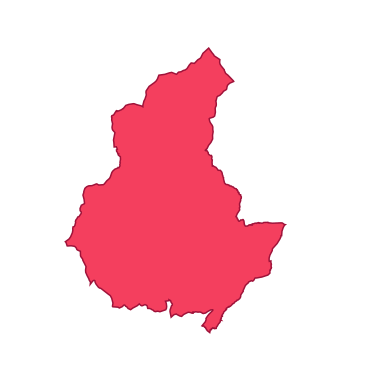 Mihaileni, Sibiu, Romania (Robinson projection), rotated 295°
{"feature_id": "2599482B13482598439545", "entity_name": "Mihaileni", "entity_type": "district", "adm_level": 2, "iso_a3": "ROU", "parent_name": "Romania", "parent_adm1": "Sibiu", "projection": "robinson", "projection_center": [24.371, 45.991], "detail": "fine", "context": "isolated", "style": "filled", "palette": "rose", "viewbox_px": 384, "rotation_deg": 295, "n_neighbors": 0, "source": "geoboundaries", "source_scale": "gbopen_adm2", "svg_char_len": 5950}
<svg xmlns="http://www.w3.org/2000/svg" viewBox="0 0 384 384"><g transform="rotate(295 192 192)"><path d="M201.8,290.3L201.6,289.7L202.1,287.0L201.7,285.8L197.7,278.1L196.3,274.0L196.6,273.7L194.7,269.9L194.0,269.5L193.3,268.7L192.5,266.0L192.1,266.1L192.0,265.9L192.3,265.6L192.3,265.0L190.9,263.8L191.0,263.4L190.2,262.1L189.2,261.2L188.5,260.0L187.9,259.9L187.5,260.4L186.9,259.4L187.1,258.9L186.4,258.1L186.4,257.7L184.7,256.8L183.7,255.0L183.7,254.6L184.7,253.2L187.7,251.3L188.6,250.1L188.6,249.8L187.8,249.2L187.3,248.0L185.6,247.4L185.4,246.5L185.7,246.0L186.7,245.1L186.8,244.4L188.1,243.3L188.2,242.3L191.6,242.2L195.9,242.8L197.3,241.9L198.1,241.6L198.7,241.8L200.3,240.6L201.6,240.0L204.6,239.8L206.2,239.1L207.0,239.3L208.4,238.8L209.0,237.9L210.0,237.3L209.8,236.0L210.7,234.9L211.0,235.1L211.3,234.8L211.5,234.3L211.3,233.9L212.4,233.0L212.7,232.0L213.1,232.0L213.1,231.4L213.6,230.8L213.3,228.9L214.0,227.3L213.7,226.3L214.0,225.2L213.5,223.9L213.9,223.3L213.6,222.9L213.8,222.3L213.8,221.3L213.2,219.6L213.9,217.7L217.2,215.0L218.4,214.5L218.7,213.8L220.1,212.8L220.4,212.3L221.8,211.4L222.7,210.5L223.6,208.6L222.8,206.7L222.8,206.2L223.3,205.7L224.5,203.2L224.4,201.4L224.7,200.3L224.1,199.5L227.4,197.6L229.7,196.8L229.7,196.5L230.3,195.8L232.2,195.3L232.9,194.7L233.3,194.1L232.8,193.6L233.1,191.3L233.7,190.5L234.5,190.1L236.0,187.7L235.3,187.2L235.3,186.5L235.6,186.4L238.0,187.3L241.2,187.3L245.0,188.2L248.8,188.3L252.2,186.6L255.5,185.7L257.5,184.4L259.7,183.4L260.9,182.2L262.2,179.9L263.4,178.3L265.6,176.6L266.5,177.0L268.8,179.6L270.4,180.4L274.2,179.5L277.5,177.7L279.1,177.4L280.3,177.5L281.9,176.9L284.2,175.5L284.5,175.0L285.1,175.2L288.6,174.5L289.6,174.8L291.4,176.4L294.6,177.6L296.6,178.0L299.3,179.8L299.9,179.9L302.1,179.3L303.7,179.1L305.2,179.6L306.8,180.4L309.8,183.1L310.2,182.6L313.1,175.1L313.7,172.4L315.9,169.8L316.4,169.6L318.8,164.7L320.0,163.1L321.3,162.2L323.8,161.3L324.8,154.5L325.6,153.6L326.7,151.2L329.5,146.3L322.3,143.3L317.4,143.2L316.6,142.9L314.3,141.4L309.6,139.8L308.6,136.7L306.1,135.9L301.6,135.3L299.8,134.3L298.4,132.7L296.4,131.3L294.9,129.1L292.3,128.3L292.1,128.1L291.8,123.0L290.2,120.9L287.2,117.7L283.9,112.6L279.8,112.9L277.5,112.6L275.3,111.7L269.6,108.5L264.1,107.7L262.6,108.3L260.6,109.6L256.4,110.1L254.1,110.0L249.9,110.8L248.5,111.4L248.6,109.4L247.8,105.1L247.6,102.6L247.3,101.6L244.7,97.7L242.5,95.4L238.4,94.4L238.2,94.0L236.9,93.4L234.3,91.1L234.2,90.4L233.3,90.0L233.8,89.3L233.4,89.0L228.7,88.4L227.3,87.1L226.0,87.3L225.6,87.9L223.3,88.8L220.3,91.2L217.0,92.1L215.4,93.1L214.6,94.0L213.3,97.0L205.9,98.9L203.8,100.3L199.9,102.4L201.0,104.3L199.2,106.3L198.3,105.7L197.0,106.5L196.5,107.5L195.1,108.9L195.4,109.5L194.4,109.6L193.9,111.1L193.8,112.1L191.4,113.4L188.4,114.2L188.1,114.7L186.3,115.0L185.3,115.7L183.1,115.5L182.9,114.6L182.5,114.7L180.0,112.4L177.6,111.4L175.8,111.1L171.2,111.6L169.5,111.5L166.0,110.0L162.2,109.1L161.2,108.6L158.9,104.5L159.1,102.4L158.8,101.8L155.5,98.7L154.0,95.9L153.3,95.2L152.2,94.3L150.1,93.4L146.9,93.7L145.9,94.1L143.1,94.5L139.7,97.3L136.3,99.4L135.8,99.3L133.2,97.3L129.8,97.5L128.2,98.3L127.7,98.6L127.3,99.8L126.3,100.5L125.7,100.6L122.0,100.0L121.0,99.0L119.2,99.0L117.9,98.6L116.2,98.7L115.2,99.4L112.0,100.0L110.8,99.8L110.1,98.9L108.1,99.5L107.2,100.1L104.5,100.8L99.9,100.9L97.4,100.4L93.4,98.2L93.0,99.2L90.4,101.6L90.5,102.0L92.2,105.2L93.1,108.3L92.9,109.6L92.4,110.7L91.2,112.0L91.0,113.0L91.1,115.9L87.1,117.9L86.3,118.8L85.0,121.2L84.0,121.9L79.6,127.5L76.3,128.5L74.3,129.6L71.9,132.3L69.8,135.1L68.7,136.1L67.4,138.1L65.4,138.8L69.5,139.7L70.6,140.6L70.4,141.7L69.4,142.2L68.0,143.9L66.1,147.5L65.9,148.8L66.1,150.0L66.0,150.8L64.0,159.4L63.6,161.7L61.8,164.1L57.9,167.3L54.8,168.2L54.5,168.7L56.3,173.5L56.2,175.2L58.8,177.4L60.4,177.8L61.0,178.5L61.0,179.2L60.4,180.1L60.4,181.4L59.4,183.3L59.4,186.1L61.8,187.4L65.9,190.5L68.3,191.5L67.6,193.6L67.6,194.2L67.7,194.7L68.3,195.4L70.1,197.0L70.1,199.0L69.9,199.4L67.8,201.1L68.6,203.1L68.6,204.7L68.4,205.4L68.5,206.6L67.9,208.2L68.2,209.6L69.2,210.8L69.7,212.2L69.9,213.5L74.2,218.0L75.8,218.0L77.6,217.4L80.3,215.7L81.8,214.1L83.9,217.2L84.6,216.7L84.5,218.5L83.2,219.7L82.2,221.5L81.2,221.9L80.3,221.5L75.8,222.0L74.3,222.6L69.7,226.0L73.1,227.4L74.6,229.1L74.8,229.4L74.6,230.1L74.5,233.5L74.9,235.2L77.5,236.2L81.0,239.0L81.5,239.6L82.0,241.2L82.2,243.2L82.7,244.3L82.9,244.3L82.9,243.5L83.2,243.3L83.7,243.6L84.1,245.0L85.0,245.9L85.6,248.1L86.6,249.9L86.8,251.3L86.5,252.8L86.7,253.7L88.1,255.5L90.4,256.8L93.2,258.9L94.0,260.5L93.9,260.8L93.2,260.8L88.3,259.0L86.0,258.5L83.3,258.1L82.4,258.7L80.0,258.9L74.9,257.6L74.9,258.4L75.6,259.2L74.8,260.5L75.0,261.5L74.4,261.8L73.8,262.9L73.3,263.4L73.2,264.0L72.8,264.4L72.1,267.5L73.9,267.1L74.6,266.7L75.1,266.9L75.4,267.7L76.4,267.4L76.5,267.9L77.8,268.3L77.8,268.5L77.5,269.1L78.1,269.7L77.7,270.2L78.6,271.6L79.9,271.2L80.7,271.5L84.1,271.8L84.8,272.2L86.2,272.4L87.5,272.0L87.9,272.2L88.1,272.8L88.5,271.7L89.2,271.7L89.6,272.0L89.9,271.7L91.5,271.5L92.0,272.0L92.5,271.3L93.4,271.6L93.8,271.3L95.4,271.7L96.7,271.5L99.6,272.7L100.0,272.2L100.6,272.8L101.3,272.4L103.2,273.5L103.2,273.8L103.8,273.9L103.8,274.5L104.7,274.8L104.8,275.1L106.6,275.8L107.5,275.9L107.5,276.1L108.4,276.5L108.8,277.0L110.5,277.3L111.6,278.1L112.4,278.5L112.8,278.4L113.3,278.8L113.5,279.3L115.6,280.3L117.4,280.4L119.5,279.7L123.7,280.4L124.1,280.0L130.0,279.9L131.5,280.6L132.5,280.8L133.3,281.4L134.3,281.3L136.8,283.3L136.7,284.3L137.2,284.9L138.7,285.4L140.2,285.4L140.8,285.6L141.4,286.9L144.5,291.3L147.7,294.7L148.8,295.9L151.4,296.9L153.7,295.8L153.8,296.0L154.5,296.1L154.9,295.7L156.1,296.1L157.2,295.9L157.4,295.5L159.7,294.4L160.1,294.5L161.3,293.4L162.9,292.6L161.8,291.4L162.8,290.7L164.8,289.8L167.7,289.3L172.7,289.5L174.6,288.9L181.2,290.9L186.4,291.5L188.7,291.5L190.0,291.1L190.3,291.7L194.5,290.1L198.1,289.7L200.7,289.8L201.8,290.3Z" fill="#f43f5e" stroke="#9f1239" stroke-width="1.5"/></g></svg>